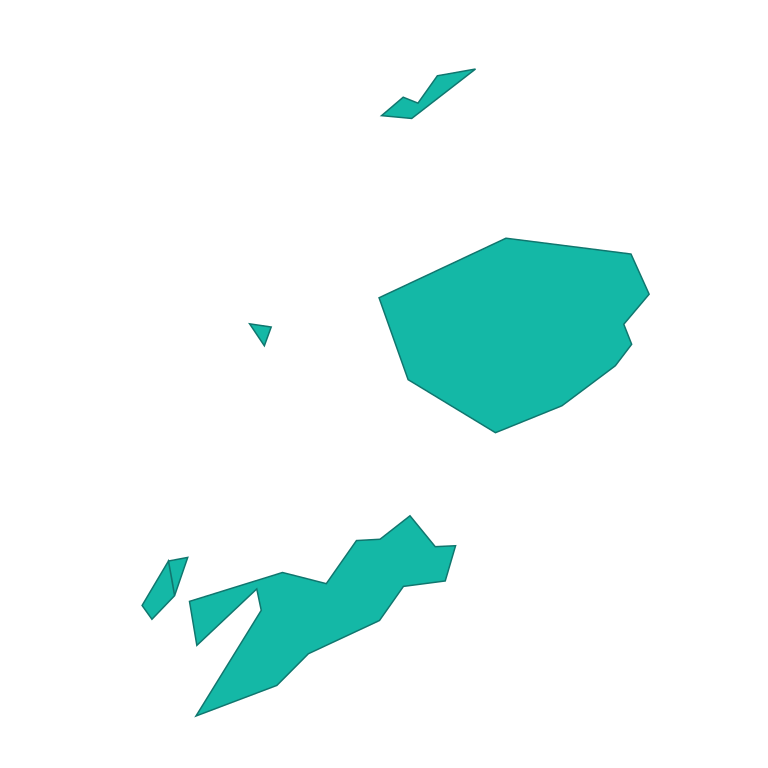 an SVG outline of Fiji, rotated 170°
{"feature_id": "FJI", "entity_name": "Fiji", "entity_type": "country or territory", "adm_level": 0, "iso_a3": "FJI", "parent_name": "Oceania", "parent_adm1": "", "projection": "mercator", "projection_center": [179.313, -17.091], "detail": "coarse", "context": "isolated", "style": "filled", "palette": "teal", "viewbox_px": 768, "rotation_deg": 170, "n_neighbors": 0, "source": "natural_earth", "source_scale": "50m", "svg_char_len": 774}
<svg xmlns="http://www.w3.org/2000/svg" viewBox="0 0 768 768"><g transform="rotate(170 384 384)"><path d="M282.7,316.7L359.5,384.1L373.9,469.8L238.6,506.4L118.2,469.1L107.3,426.4L137.5,401.2L133.2,380.1L153.0,361.8L212.5,331.7L282.7,316.7ZM626.8,89.7L544.2,182.4L544.9,204.3L613.7,159.1L613.3,203.7L516.7,216.0L475.5,197.4L438.3,234.6L414.9,231.8L381.3,249.7L361.8,214.9L341.6,212.3L357.9,179.4L400.0,181.3L429.5,151.9L505.3,131.5L541.8,105.8L626.8,89.7ZM339.8,648.7L315.3,663.1L301.8,654.7L277.9,678.3L239.2,678.3L310.6,640.7L339.8,648.7ZM660.7,207.9L627.0,247.1L627.0,211.9L653.4,192.6L660.7,207.9ZM627.0,247.1L607.4,247.3L627.0,211.9L626.8,226.4L627.0,247.1ZM505.9,466.6L485.2,459.7L495.2,442.4L505.9,466.6Z" fill="#14b8a6" stroke="#0f766e" stroke-width="1.5"/></g></svg>